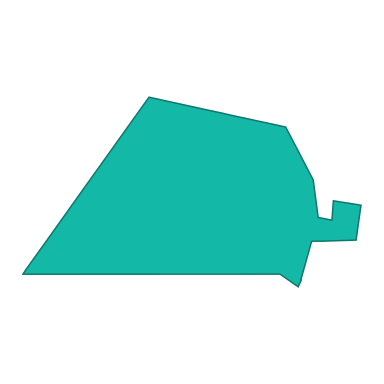 Al Khalaq, Al Jawf, Yemen
{"feature_id": "15242507B45819395653811", "entity_name": "Al Khalaq", "entity_type": "district", "adm_level": 2, "iso_a3": "YEM", "parent_name": "Yemen", "parent_adm1": "Al Jawf", "projection": "orthographic", "projection_center": [44.809, 16.066], "detail": "fine", "context": "isolated", "style": "filled", "palette": "teal", "viewbox_px": 384, "rotation_deg": 0, "n_neighbors": 0, "source": "geoboundaries", "source_scale": "gbopen_adm2", "svg_char_len": 778}
<svg xmlns="http://www.w3.org/2000/svg" viewBox="0 0 384 384"><path d="M149.0,97.2L124.2,131.9L117.9,140.7L114.7,145.2L113.4,147.1L107.5,155.3L99.8,166.1L91.5,177.7L91.1,178.3L88.3,182.2L87.4,183.4L64.0,216.3L49.8,236.2L49.1,237.2L25.4,270.3L23.0,274.2L28.2,274.2L36.8,274.2L280.0,274.1L298.2,286.8L301.3,280.0L300.9,279.7L311.1,243.2L311.5,241.5L312.1,241.5L312.2,241.2L321.5,241.2L356.1,240.1L358.1,225.7L361.0,205.2L333.4,200.8L331.9,220.2L327.1,219.2L318.9,217.6L318.2,217.5L315.8,199.4L315.4,196.6L313.2,179.8L310.8,175.3L301.2,156.8L300.8,156.0L296.9,148.5L285.7,127.1L282.2,126.3L263.1,122.1L260.1,121.5L251.8,119.7L249.5,119.2L232.9,115.6L226.7,114.2L226.4,114.1L200.5,108.5L163.5,100.4L162.0,100.0L149.0,97.2Z" fill="#14b8a6" stroke="#0f766e" stroke-width="1.5"/></svg>